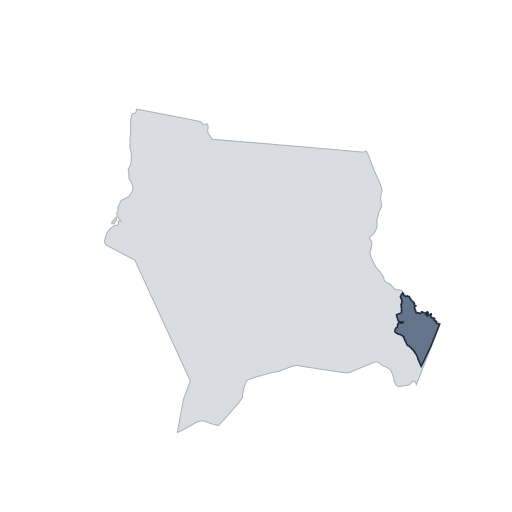 Turkana West, Rift Valley, Kenya shown in context, rotated 156°
{"feature_id": "3690345B77554234988908", "entity_name": "Turkana West", "entity_type": "district", "adm_level": 2, "iso_a3": "KEN", "parent_name": "Kenya", "parent_adm1": "Rift Valley", "projection": "albers", "projection_center": [34.901, 4.052], "detail": "fine", "context": "in_parent", "style": "filled", "palette": "slate", "viewbox_px": 512, "rotation_deg": 156, "n_neighbors": 0, "source": "geoboundaries", "source_scale": "gbopen_adm2", "svg_char_len": 7619}
<svg xmlns="http://www.w3.org/2000/svg" viewBox="0 0 512 512"><g transform="rotate(156 256 256)"><path d="M112.5,307.1L112.4,301.0L113.3,285.4L113.2,271.7L114.0,264.8L117.4,260.5L119.0,257.3L120.1,252.9L121.9,249.3L125.9,246.4L126.7,244.8L130.9,239.9L133.5,233.6L135.4,231.5L137.8,229.5L139.5,228.5L142.3,227.4L144.5,226.8L144.9,226.3L145.1,225.3L144.4,221.4L145.3,220.1L146.8,217.5L148.5,215.1L150.1,213.6L150.9,212.0L151.3,209.2L151.4,207.3L151.4,204.1L150.9,196.9L149.1,190.9L148.0,184.1L148.8,181.9L147.4,177.9L146.7,177.7L145.5,176.8L144.0,173.1L142.9,169.7L142.2,168.8L137.4,165.8L135.0,158.8L132.3,157.2L130.9,150.2L130.6,148.3L132.1,141.3L132.0,139.7L130.3,138.2L125.8,136.7L122.2,133.8L122.6,132.8L122.9,131.8L121.0,131.1L115.4,119.1L122.6,112.0L129.9,104.7L139.2,95.5L147.8,87.1L155.2,79.8L161.8,73.3L161.6,74.6L161.7,76.2L162.5,77.2L163.8,77.9L165.7,77.2L167.4,76.2L169.0,76.0L178.9,78.7L180.6,81.0L180.5,83.5L180.9,85.4L180.1,87.2L179.3,92.8L179.6,98.0L182.5,101.8L185.2,104.7L187.3,108.9L188.9,110.2L191.0,110.9L197.9,111.0L208.0,111.3L217.7,111.5L218.6,111.6L220.6,112.2L229.6,117.8L237.8,123.0L244.7,127.4L251.5,131.8L258.0,136.0L263.1,139.5L268.1,140.6L276.3,141.1L281.9,141.2L287.1,142.7L294.9,144.0L300.6,144.7L304.1,145.5L313.8,146.2L315.4,145.7L319.6,141.8L324.4,135.4L326.2,131.9L332.4,128.4L343.2,123.5L350.8,120.0L359.3,116.5L363.2,119.4L368.5,124.2L370.9,126.5L372.9,127.6L375.8,128.2L379.3,128.2L381.2,128.1L385.1,127.5L394.3,126.8L399.6,126.8L395.2,133.2L390.0,140.9L380.3,154.9L372.9,162.4L367.4,168.0L366.8,169.0L366.9,175.2L367.1,190.4L367.4,220.7L367.8,251.0L368.1,281.3L368.3,296.5L368.4,301.5L373.4,307.9L378.3,314.0L384.7,322.2L388.2,326.6L388.8,328.0L388.6,331.0L383.4,337.2L379.1,340.0L373.3,341.4L371.5,341.2L369.3,340.3L368.4,341.8L367.7,344.1L366.4,343.6L365.4,342.9L366.1,347.0L366.7,349.0L365.8,351.8L363.0,354.2L362.8,356.2L356.7,361.5L348.0,362.1L343.5,364.8L341.4,366.9L339.9,371.6L340.5,378.7L338.1,384.3L337.7,387.0L333.2,390.6L331.3,393.9L329.8,397.3L328.5,398.7L327.1,406.2L325.0,410.8L324.4,412.3L323.9,413.6L322.3,416.3L321.3,418.2L320.5,419.4L315.3,431.0L311.2,436.3L307.9,435.7L305.8,437.7L305.6,438.7L304.4,438.1L301.7,436.2L296.1,432.3L290.5,428.4L284.9,424.5L279.3,420.6L273.7,416.7L268.1,412.8L262.5,408.8L257.0,404.9L253.7,402.6L252.2,401.2L251.1,398.5L250.5,397.8L249.1,397.0L247.3,396.8L246.8,396.3L246.8,395.0L247.4,393.1L249.5,389.4L249.7,387.3L249.3,384.9L248.6,381.0L248.0,380.1L244.4,378.1L236.6,373.9L228.9,369.7L221.1,365.4L213.4,361.2L205.7,356.9L197.9,352.7L190.2,348.4L182.5,344.2L174.8,339.9L167.1,335.7L159.3,331.4L151.6,327.1L143.9,322.9L136.2,318.6L128.5,314.3L120.8,310.0L117.9,308.4L115.3,307.1L112.5,307.1ZM369.3,347.7L367.9,348.1L368.6,346.0L372.6,343.3L374.2,343.9L374.5,344.5L374.4,345.1L373.7,345.6L369.3,347.7Z" fill="#d9dde1" stroke="#a8b0b8" stroke-width="1"/><path d="M151.4,145.3L151.7,144.8L151.9,144.4L152.0,144.1L152.1,142.0L152.4,140.0L152.5,139.6L152.5,139.2L152.3,138.8L152.3,138.4L152.0,138.2L151.9,137.9L151.7,137.8L151.5,137.6L151.3,137.4L151.2,137.2L150.9,137.1L150.5,136.6L150.1,136.4L149.7,136.4L149.4,136.3L149.2,136.3L149.0,136.2L148.8,136.0L148.4,135.9L148.6,135.7L149.2,135.3L149.5,135.2L149.8,135.3L150.2,135.4L150.5,135.7L150.8,135.7L151.1,135.8L151.3,136.0L151.6,136.4L151.9,136.7L152.4,137.0L152.5,137.0L152.8,136.9L153.1,136.9L153.3,136.8L153.5,136.7L153.5,136.4L153.8,136.2L154.0,136.1L154.0,135.9L154.3,135.6L154.5,135.6L154.8,135.5L154.9,135.4L154.9,135.2L155.1,134.9L155.1,134.4L155.5,134.1L155.9,133.5L156.0,133.4L156.3,133.3L156.6,133.4L156.9,133.4L157.1,133.4L157.4,133.4L157.7,133.2L157.8,133.2L158.1,133.0L158.6,132.5L158.7,132.4L158.8,132.1L159.0,131.9L159.1,131.7L159.3,131.3L159.7,130.9L159.8,130.7L159.9,130.4L159.9,130.1L159.9,129.9L159.8,129.5L159.7,129.2L159.4,129.0L158.9,128.6L158.7,128.2L158.5,127.9L158.5,127.7L158.3,127.6L158.2,127.4L158.0,127.2L157.9,127.1L157.8,126.9L157.8,126.7L157.7,126.7L157.4,126.6L157.3,126.4L156.7,126.0L156.6,125.8L156.4,125.8L156.4,125.7L156.2,125.6L155.9,125.4L155.7,125.1L155.7,124.9L155.5,124.7L155.4,124.4L155.4,124.2L155.2,123.9L154.9,123.9L154.8,123.7L154.7,123.5L154.4,123.2L154.2,122.9L154.3,122.9L154.3,122.7L154.2,122.7L154.2,122.8L154.1,122.7L154.1,122.4L154.1,122.2L153.9,122.0L154.0,121.9L154.2,121.7L154.1,121.4L154.2,121.0L154.2,120.4L154.2,120.2L154.3,119.9L154.2,119.7L154.3,119.4L154.2,119.2L154.2,118.9L154.2,118.7L154.2,118.4L154.3,118.4L154.4,118.1L154.3,117.8L154.3,117.7L154.2,117.6L154.2,117.3L154.1,117.2L154.0,116.9L154.0,116.7L154.1,116.3L154.1,116.2L154.0,115.8L154.1,115.7L154.2,115.1L154.2,114.9L154.2,114.6L154.2,114.2L154.1,113.7L154.2,113.4L154.0,112.9L153.9,113.0L153.7,112.6L153.4,112.3L153.2,112.2L152.9,111.9L152.8,111.7L152.8,111.4L152.7,111.4L152.7,111.2L152.7,110.7L152.5,110.3L152.4,110.3L152.3,110.1L152.2,110.1L152.1,109.9L152.0,109.7L151.8,109.5L151.8,109.2L151.7,109.0L151.6,108.8L151.5,108.6L151.6,108.3L151.4,108.0L151.3,107.7L151.4,107.4L151.4,107.1L151.3,106.9L151.2,106.8L151.1,106.7L150.9,106.6L150.8,106.4L150.3,105.8L150.3,105.6L150.4,105.4L150.4,105.0L150.5,105.0L150.5,104.8L150.5,104.7L150.2,104.3L150.0,104.0L150.2,103.6L150.1,103.4L150.2,102.8L150.0,102.6L150.0,102.2L149.8,101.5L149.7,101.0L149.7,100.3L149.6,99.2L149.6,98.7L149.6,98.2L149.7,97.8L149.6,97.5L149.6,97.2L149.9,96.6L149.8,96.3L150.0,95.8L150.0,87.9L146.9,90.4L141.5,95.1L137.6,98.5L133.2,102.2L121.3,113.8L116.0,119.0L117.6,120.3L118.0,120.6L118.6,121.9L118.0,122.7L118.5,123.7L119.1,124.0L119.5,124.6L119.5,125.4L119.4,125.7L118.3,126.0L118.4,126.7L119.1,126.9L120.0,127.8L121.1,128.5L120.9,129.4L120.5,130.6L120.3,130.8L119.6,131.1L119.4,132.0L119.6,132.1L120.1,131.8L120.8,131.7L121.6,131.8L122.3,131.7L122.6,131.4L123.5,131.3L124.0,131.4L124.3,132.5L124.3,133.2L124.0,133.1L122.7,133.1L122.3,133.5L122.1,133.9L121.9,134.0L121.7,134.0L121.7,134.3L121.9,134.2L122.1,134.4L122.3,134.2L122.5,134.3L123.0,134.5L123.1,134.9L122.2,135.1L122.4,135.4L123.1,135.3L124.2,134.8L124.4,134.9L124.3,135.2L124.6,134.9L124.9,134.9L125.1,134.8L125.6,135.5L125.8,136.1L126.4,136.7L127.3,137.4L127.2,138.2L127.1,138.4L127.6,137.1L127.9,136.9L128.3,136.7L129.0,136.6L129.5,136.6L129.8,136.8L130.4,137.5L130.6,137.7L130.8,138.1L131.4,138.3L132.6,138.7L132.9,139.0L132.5,141.1L132.6,142.2L132.4,144.4L132.2,144.7L131.8,145.1L131.5,145.4L130.5,145.5L130.3,145.3L130.2,145.3L130.3,145.7L130.8,146.2L131.2,146.8L131.3,147.5L131.0,147.9L131.0,148.1L130.6,148.1L130.6,149.5L131.1,150.1L131.6,150.7L132.0,152.1L132.3,152.9L132.5,154.9L132.6,155.8L132.6,156.5L132.8,156.8L133.2,156.9L133.6,157.2L133.8,157.5L134.0,158.0L134.6,157.7L135.5,158.0L135.8,158.2L136.3,159.1L136.8,159.5L136.9,160.2L136.8,161.2L136.9,162.3L137.0,162.6L137.3,162.3L137.4,162.2L137.8,161.8L138.1,161.9L138.3,161.8L138.5,161.9L139.0,161.5L139.1,161.3L139.3,161.0L139.5,160.9L139.7,160.7L140.0,160.6L140.2,160.3L140.6,160.3L140.8,160.0L140.7,159.5L140.8,159.2L140.7,158.9L140.8,158.7L140.7,158.4L140.9,158.3L140.9,158.2L140.7,158.0L140.7,157.7L140.7,157.4L140.5,157.1L140.6,156.8L140.5,156.7L141.0,156.2L141.1,155.8L141.2,155.7L141.3,155.5L141.4,155.3L141.5,154.7L141.4,154.5L141.5,154.1L142.0,153.8L142.5,153.3L143.0,153.1L143.2,152.9L143.3,152.8L143.2,152.6L143.3,152.4L143.1,152.2L143.2,151.7L143.4,151.4L143.7,151.3L143.7,151.1L144.0,150.9L144.1,150.4L144.0,149.9L144.2,149.6L144.2,149.4L144.4,149.1L144.4,148.8L144.6,148.5L144.7,148.1L144.9,147.8L145.3,147.5L145.3,147.3L145.2,147.1L145.2,146.9L145.4,146.7L145.5,146.7L145.6,146.2L145.6,145.9L145.7,145.7L145.8,145.4L146.0,145.3L146.0,145.2L146.3,145.0L151.2,145.2L151.4,145.3Z" fill="#64748b" stroke="#1e293b" stroke-width="1.5"/></g></svg>